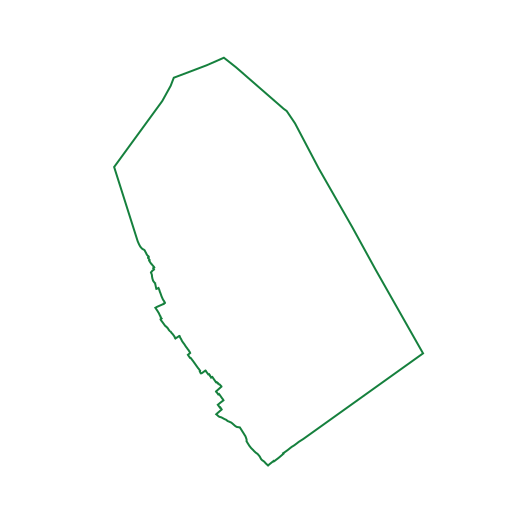 the district of Krasae Sin, Thailand, rotated 156°
{"feature_id": "78962969B29220890850544", "entity_name": "Krasae Sin", "entity_type": "district", "adm_level": 2, "iso_a3": "THA", "parent_name": "Thailand", "parent_adm1": "", "projection": "natural_earth1", "projection_center": [100.354, 7.607], "detail": "fine", "context": "isolated", "style": "outline", "palette": "green", "viewbox_px": 512, "rotation_deg": 156, "n_neighbors": 0, "source": "geoboundaries", "source_scale": "gbopen_adm2", "svg_char_len": 5042}
<svg xmlns="http://www.w3.org/2000/svg" viewBox="0 0 512 512"><g transform="rotate(156 256 256)"><path d="M223.6,450.3L258.6,452.3L264.7,446.2L278.6,435.7L349.4,395.0L358.0,318.4L358.1,317.2L358.1,314.5L358.0,312.8L357.9,311.7L357.6,310.6L357.2,309.3L356.7,308.4L355.9,307.4L355.6,306.9L355.5,306.7L355.4,306.4L355.4,306.1L355.4,305.6L355.3,304.3L355.2,303.4L355.2,302.2L355.2,301.8L355.1,301.4L354.8,300.2L354.7,300.1L354.5,299.8L354.4,299.7L354.3,298.8L354.3,298.7L355.3,298.4L355.4,298.2L355.1,297.0L355.0,296.8L354.8,295.6L355.5,295.3L355.2,293.1L355.0,292.1L355.0,291.8L354.9,291.5L354.7,291.2L354.5,290.5L354.3,289.7L353.9,288.4L353.7,287.9L353.6,287.2L353.6,286.9L354.6,286.8L354.8,286.8L354.9,286.7L354.8,286.1L354.7,285.4L354.7,285.2L354.8,285.2L355.1,285.1L355.6,284.9L356.1,284.8L356.8,284.7L357.1,284.5L357.2,284.4L357.4,284.2L357.7,284.1L358.4,283.9L358.6,283.8L358.7,283.7L358.7,281.8L358.8,281.2L358.9,280.8L359.0,280.5L359.1,280.1L359.3,279.7L359.4,279.4L359.5,278.8L359.7,278.0L359.8,277.6L360.0,275.8L360.1,275.5L360.0,274.9L359.9,274.3L359.8,273.9L359.5,272.7L359.3,272.2L359.2,272.1L359.3,271.9L359.5,271.5L359.5,271.0L360.0,268.7L360.3,267.3L360.4,266.5L359.7,266.4L358.7,266.4L358.3,266.5L358.1,266.5L358.1,264.6L358.4,262.2L358.4,261.1L358.7,257.5L358.7,257.0L358.7,255.4L358.7,254.1L358.3,251.8L358.2,250.2L358.3,250.1L359.5,250.1L359.5,249.8L359.6,249.7L360.0,249.7L361.5,249.8L361.9,249.8L362.6,249.8L363.9,249.8L367.4,249.8L368.2,249.7L369.0,249.6L368.9,249.2L368.8,248.6L368.7,248.0L368.7,247.8L368.4,246.3L368.1,243.9L368.0,243.5L368.0,242.7L368.0,241.2L367.9,240.1L367.8,239.7L368.0,239.5L368.0,239.3L368.0,239.1L367.9,238.2L367.7,237.3L368.9,237.1L369.0,237.0L369.0,236.9L368.9,236.1L368.8,235.4L368.7,235.1L368.3,233.4L367.4,229.1L367.3,228.9L367.1,228.7L366.9,228.4L366.6,227.2L366.2,226.9L366.1,226.3L365.9,225.5L365.8,224.7L365.8,224.3L365.7,223.9L365.2,222.4L364.9,222.2L364.8,222.3L364.9,222.2L364.8,221.8L364.4,220.1L364.4,219.8L364.3,219.6L364.1,219.2L363.8,218.2L363.2,215.3L363.2,215.2L363.3,215.0L363.3,214.6L363.4,214.3L363.4,214.2L363.3,213.9L363.2,213.4L361.4,213.7L360.6,213.8L358.6,214.2L358.4,214.1L358.3,213.8L358.3,213.6L358.5,213.3L358.5,213.2L358.4,212.2L358.4,211.6L358.2,210.5L358.2,209.9L358.2,209.0L358.2,208.7L358.1,208.1L357.8,206.4L357.6,205.7L357.5,205.2L357.4,204.8L357.3,204.2L357.0,202.2L356.8,201.2L356.4,199.6L356.3,198.8L356.2,198.4L355.9,197.4L355.8,196.5L355.7,195.9L355.6,195.4L355.6,194.2L358.4,193.4L358.1,191.7L357.9,190.7L357.7,189.7L357.4,189.6L357.2,189.5L357.1,189.3L357.0,189.1L357.0,188.9L356.6,187.2L356.5,186.8L356.5,186.5L356.4,186.3L356.3,186.0L355.0,179.5L354.5,177.1L354.2,176.2L354.0,175.0L353.8,174.2L353.7,174.0L353.8,173.9L354.2,173.6L354.3,173.5L354.2,172.8L354.3,172.1L354.1,171.2L353.4,171.0L352.2,171.2L349.0,171.9L348.8,171.9L348.7,171.9L348.6,171.7L348.5,171.4L348.6,171.1L348.6,170.9L348.6,170.7L348.4,170.3L348.4,170.2L347.8,167.6L347.7,167.1L347.1,167.1L346.9,167.1L346.6,165.6L346.8,165.2L346.4,163.3L346.4,163.2L345.3,163.5L345.2,163.5L345.1,163.4L344.6,160.6L344.5,160.1L344.3,159.0L344.2,158.5L344.1,158.3L344.1,158.0L343.9,156.8L343.8,156.7L343.7,156.7L343.2,156.8L343.1,156.7L342.8,155.3L342.7,155.3L342.7,155.2L342.4,155.2L341.9,153.7L341.7,153.6L341.4,153.3L341.1,152.4L340.9,151.8L340.7,151.1L340.6,150.9L340.7,150.7L342.7,150.1L343.3,149.9L346.1,149.0L347.5,148.6L347.7,148.4L347.1,146.7L347.1,146.4L346.8,145.0L346.8,144.8L346.7,144.7L345.9,144.9L345.7,144.2L344.9,140.0L344.5,138.4L344.4,137.5L344.4,137.4L348.6,136.4L349.9,136.0L350.7,135.8L351.4,135.6L350.6,132.1L350.2,132.2L349.9,130.6L349.8,130.0L349.8,129.7L352.3,129.0L352.6,128.9L356.2,127.8L356.7,127.6L356.1,126.4L355.6,125.2L355.1,124.3L354.9,124.0L353.3,122.7L352.9,122.2L351.4,120.2L350.2,118.8L349.8,118.4L349.5,117.8L349.5,117.7L349.4,117.5L349.2,117.0L349.1,116.8L348.9,116.6L348.1,115.8L347.5,115.2L347.4,115.0L347.0,114.6L346.6,114.2L346.4,113.9L346.1,113.4L345.7,112.6L345.1,111.3L344.2,109.3L343.7,108.5L343.2,107.8L343.0,107.6L342.8,107.4L342.2,107.1L340.9,106.2L340.6,106.1L340.5,105.9L340.4,105.8L340.4,105.3L340.1,103.6L339.9,102.1L339.6,100.1L339.3,98.0L339.2,97.0L339.0,96.1L339.0,95.5L339.0,94.9L339.1,93.8L339.2,92.6L339.3,92.1L339.6,91.4L339.9,90.6L340.0,90.5L339.9,90.0L339.7,88.3L339.5,87.0L339.3,85.4L339.1,84.7L338.8,83.4L338.6,82.6L337.7,80.3L337.5,79.9L337.2,78.8L336.9,78.1L336.7,77.6L336.4,76.9L336.2,76.4L335.6,75.5L335.2,74.7L335.0,74.4L334.8,73.7L334.5,72.6L334.3,72.1L334.2,71.4L334.1,70.8L334.0,68.8L333.9,68.5L333.9,68.2L333.6,67.4L333.4,66.9L333.3,66.7L332.7,65.8L332.3,65.1L332.1,64.7L331.5,62.8L331.2,62.0L330.2,59.7L328.7,60.2L326.4,60.8L323.3,61.6L323.2,61.1L322.5,61.2L320.9,61.6L318.2,62.2L316.3,62.7L314.3,63.3L311.3,64.2L311.4,64.8L309.5,65.1L306.6,65.7L305.3,66.0L302.3,66.8L300.6,67.2L300.2,67.2L298.0,67.5L296.7,67.8L294.5,68.3L292.6,68.8L287.2,69.6L143.0,99.1L152.3,194.9L156.3,242.8L163.1,310.5L166.4,361.3L169.0,376.0L170.9,379.3L197.5,436.5L204.7,450.2L223.6,450.3Z" fill="none" stroke="#15803d" stroke-width="2"/></g></svg>